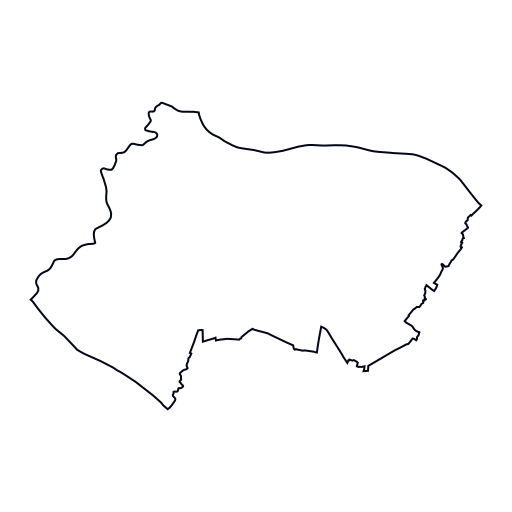 Lap Vo, Can Tho, Vietnam
{"feature_id": "81297802B77463595408425", "entity_name": "Lap Vo", "entity_type": "district", "adm_level": 2, "iso_a3": "VNM", "parent_name": "Vietnam", "parent_adm1": "Can Tho", "projection": "albers", "projection_center": [105.607, 10.357], "detail": "fine", "context": "isolated", "style": "outline", "palette": "ink", "viewbox_px": 512, "rotation_deg": 0, "n_neighbors": 0, "source": "geoboundaries", "source_scale": "gbopen_adm2", "svg_char_len": 6054}
<svg xmlns="http://www.w3.org/2000/svg" viewBox="0 0 512 512"><path d="M30.7,299.7L32.6,301.4L38.8,309.7L45.5,318.0L51.8,325.0L55.4,328.8L64.2,336.0L75.6,348.0L77.0,349.7L84.2,353.8L100.2,360.9L112.8,367.4L117.1,370.3L120.2,371.9L125.5,375.2L135.7,381.9L153.5,395.8L161.0,402.5L163.3,405.4L167.7,409.2L169.8,407.5L171.4,405.7L175.0,400.6L175.3,399.4L175.3,398.7L174.4,397.5L172.9,395.9L172.8,395.0L173.6,393.2L173.6,391.8L174.3,391.5L176.5,391.7L177.5,391.4L178.2,389.9L178.2,389.0L178.4,388.4L178.9,388.1L179.9,388.2L180.9,388.1L182.0,387.5L182.8,386.8L183.1,386.2L183.1,385.8L181.8,384.5L180.7,383.0L179.7,382.1L179.6,381.5L180.0,380.8L180.9,380.1L181.2,379.2L181.0,378.1L181.0,376.3L180.8,375.7L179.7,373.8L179.9,373.1L182.9,370.5L184.1,369.9L186.0,369.4L187.1,368.7L187.6,368.1L187.0,367.0L186.7,366.0L186.7,364.7L187.0,363.6L187.9,361.8L188.3,360.3L188.3,359.2L188.6,358.1L189.6,357.2L190.3,355.8L191.3,353.6L190.6,353.1L189.9,352.9L194.1,341.9L196.5,334.8L198.2,330.3L201.4,330.0L202.6,330.1L202.9,341.7L207.6,340.2L212.9,338.7L215.5,337.7L215.9,340.5L219.6,339.7L226.5,338.9L228.7,338.9L239.3,339.6L240.1,338.7L241.2,338.3L241.5,337.1L243.7,335.2L246.4,333.1L248.5,331.3L251.8,329.3L252.4,328.8L252.8,328.9L253.0,329.3L256.3,330.3L267.6,333.3L272.8,335.9L285.8,342.1L291.4,344.6L292.9,345.1L293.2,345.5L293.6,347.9L293.9,348.7L294.5,349.4L294.9,349.7L296.0,349.1L297.7,349.7L299.8,350.0L302.7,350.7L304.1,350.4L307.7,350.8L313.9,351.7L315.5,352.3L316.9,352.5L317.9,345.1L319.3,336.9L321.2,326.7L323.7,327.8L326.4,329.6L328.3,332.4L331.8,338.3L341.0,352.8L343.6,357.3L347.3,362.9L348.3,360.4L349.1,360.4L349.4,359.6L351.0,360.1L352.3,360.6L353.8,360.1L357.0,361.9L357.8,362.7L356.8,366.1L357.3,366.6L359.0,366.9L361.7,366.9L364.5,366.3L364.1,369.8L363.6,371.2L368.0,370.8L368.3,365.9L394.5,350.5L400.3,347.6L406.5,344.3L408.0,344.0L408.5,343.8L412.7,338.5L413.7,338.7L414.6,339.1L415.7,340.0L416.2,340.3L416.8,339.5L417.0,338.5L417.0,337.4L417.3,336.6L418.2,335.7L418.6,334.9L419.4,332.3L417.9,331.8L416.0,330.9L414.9,330.0L413.8,328.7L412.8,327.0L411.4,325.6L408.0,323.7L406.2,322.6L404.7,321.0L409.0,315.9L408.7,315.3L413.5,309.3L414.4,309.0L416.9,306.9L419.2,307.1L420.2,306.1L421.4,304.1L423.2,302.9L423.1,300.5L423.3,300.4L423.8,300.7L424.2,300.7L424.5,300.3L424.5,299.6L425.6,299.5L425.8,299.3L425.9,299.1L425.7,298.7L424.8,298.5L424.8,296.5L424.2,295.6L425.3,292.9L425.3,292.3L425.4,290.9L425.3,290.3L424.8,289.4L424.8,288.7L425.3,287.7L425.6,286.7L426.3,285.8L426.5,285.2L427.2,285.7L427.9,286.3L431.6,289.3L434.1,291.0L435.4,289.2L436.3,287.6L437.3,284.8L433.9,282.9L436.8,279.4L438.9,276.6L440.2,274.4L441.6,271.1L442.4,270.0L442.8,268.5L442.8,267.2L441.5,264.7L441.6,264.2L442.2,264.0L442.4,264.1L445.2,266.7L446.4,266.6L448.5,266.1L449.5,264.0L451.1,261.5L451.6,260.3L452.7,259.8L453.4,259.2L458.0,252.5L460.8,249.2L461.3,248.0L461.8,247.7L461.9,247.4L461.7,247.3L461.2,247.2L460.8,247.0L460.6,246.5L460.6,245.9L461.5,244.1L462.3,242.8L462.3,242.5L462.0,242.2L461.1,242.2L461.1,241.8L462.3,240.1L462.7,238.5L462.8,238.3L463.8,238.1L463.4,236.9L462.9,234.4L462.7,234.1L461.6,233.2L461.7,232.7L462.1,232.4L467.9,227.9L468.0,227.5L466.9,225.7L466.6,224.6L466.2,224.1L465.3,223.3L465.4,222.4L466.3,221.3L467.4,220.4L467.7,220.1L467.6,219.2L468.0,217.5L470.7,215.0L471.4,215.6L471.5,215.5L473.0,213.9L476.5,210.7L480.2,206.9L481.3,205.5L480.0,204.4L478.1,202.5L475.4,199.2L471.0,193.7L461.4,181.3L459.9,179.5L458.3,177.9L454.9,174.8L451.8,172.2L446.1,168.2L442.7,166.4L426.1,158.6L419.7,156.2L416.7,155.2L412.8,154.3L406.3,153.8L393.8,153.1L387.0,152.5L377.7,151.8L373.1,151.2L369.3,150.4L357.9,147.4L355.5,146.9L346.1,145.5L341.0,145.3L335.7,145.2L323.7,145.6L319.6,145.4L312.2,145.0L310.2,145.0L308.1,145.1L305.9,145.3L298.5,146.6L282.8,150.8L275.2,152.1L269.8,152.7L266.2,152.7L264.3,152.5L254.2,150.1L242.5,148.4L239.1,147.8L236.6,147.1L232.6,145.4L228.3,143.2L224.4,141.1L219.5,137.7L217.9,136.9L213.3,134.8L211.7,133.8L209.2,132.0L206.7,129.6L205.0,127.5L203.7,125.7L202.6,123.7L200.4,118.8L199.0,114.5L198.7,112.4L193.6,111.8L182.4,111.7L180.5,111.4L178.6,110.9L177.3,110.3L173.5,107.9L172.3,106.8L171.6,106.4L162.4,102.9L161.2,102.8L159.1,104.9L158.2,105.4L156.3,106.6L155.8,107.1L155.1,108.3L154.8,110.1L154.6,110.6L154.3,111.0L153.7,111.4L153.0,111.6L151.0,111.5L150.1,111.5L149.4,111.9L149.0,112.3L148.8,112.9L148.7,113.4L148.8,114.8L149.3,117.0L150.7,119.9L150.8,120.4L150.6,121.3L150.1,122.1L148.2,124.7L145.4,127.7L145.1,128.7L145.1,129.5L145.3,129.9L145.8,130.3L149.0,131.2L151.3,131.7L154.5,132.1L155.0,132.3L155.8,132.7L156.9,133.8L157.2,134.6L157.2,135.7L157.0,136.5L156.6,137.1L155.0,138.5L154.1,138.9L152.4,139.5L149.8,140.2L147.5,141.2L146.4,141.9L143.6,144.4L142.9,145.0L142.4,145.2L141.8,145.2L138.4,144.9L133.5,143.8L132.5,143.8L131.5,143.9L131.0,144.2L129.8,145.4L126.3,150.3L125.3,151.3L124.6,151.9L123.8,152.4L122.9,152.6L121.2,152.9L118.6,153.1L117.9,153.2L117.2,153.8L116.3,154.8L116.0,155.4L115.8,156.6L115.9,157.7L116.3,159.7L116.2,161.0L114.6,165.2L113.7,167.0L113.2,167.9L112.5,168.8L112.0,169.3L111.5,169.7L110.9,169.8L108.8,169.7L107.1,169.4L104.2,168.4L103.1,168.4L102.6,168.6L101.9,169.1L101.0,170.0L100.9,170.5L101.0,171.9L102.5,176.2L103.6,179.0L106.0,187.0L106.6,191.3L106.2,195.7L106.2,197.4L106.2,199.3L106.4,201.3L106.8,202.9L107.9,205.3L109.0,207.3L110.1,209.9L110.6,211.2L111.1,213.3L111.0,215.9L110.7,217.7L110.2,218.7L109.7,219.4L109.2,220.2L107.9,221.6L106.2,223.1L103.3,225.0L95.7,228.9L94.7,230.2L94.0,232.1L93.8,234.6L93.9,236.0L94.4,239.4L95.2,242.8L94.7,243.3L93.8,243.6L91.7,243.9L88.2,244.1L86.2,244.5L83.6,245.2L82.1,245.7L80.3,246.8L78.6,248.2L77.2,249.6L75.8,251.3L73.4,254.6L72.2,255.9L71.1,256.8L69.5,257.8L68.6,258.2L67.6,258.6L65.4,259.0L59.8,259.0L57.1,259.3L55.5,259.9L54.6,260.5L53.8,261.5L53.1,263.3L51.9,265.6L50.4,268.1L49.1,269.4L47.5,270.6L42.8,272.7L40.8,274.0L39.3,275.5L38.2,277.0L37.0,279.0L36.3,280.4L36.1,282.0L36.3,283.7L37.0,285.4L37.9,287.0L38.3,288.2L38.2,290.8L37.6,291.9L36.9,293.1L32.8,297.6L30.7,299.7Z" fill="none" stroke="#020617" stroke-width="2"/></svg>